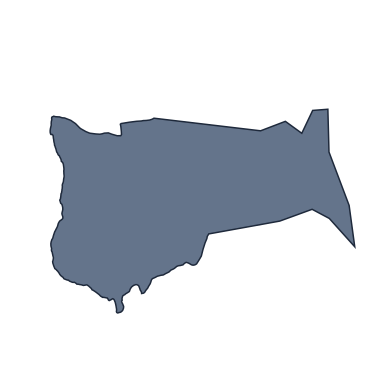 the district of Barre St Joseph, Anse-la-Raye, Saint Lucia, rotated 348°
{"feature_id": "8701671B21993534180379", "entity_name": "Barre St Joseph", "entity_type": "district", "adm_level": 2, "iso_a3": "LCA", "parent_name": "Saint Lucia", "parent_adm1": "Anse-la-Raye", "projection": "equal_earth", "projection_center": [-61.026, 13.973], "detail": "fine", "context": "isolated", "style": "filled", "palette": "slate", "viewbox_px": 384, "rotation_deg": 348, "n_neighbors": 0, "source": "geoboundaries", "source_scale": "gbopen_adm2", "svg_char_len": 5724}
<svg xmlns="http://www.w3.org/2000/svg" viewBox="0 0 384 384"><g transform="rotate(348 192 192)"><path d="M72.5,89.1L72.3,89.2L71.8,89.3L71.2,89.4L70.9,89.4L70.3,89.9L70.1,90.4L70.0,90.9L69.9,92.0L69.4,93.1L69.1,93.7L68.9,94.2L68.7,95.0L68.5,95.6L68.4,96.3L68.3,96.8L68.2,97.2L68.1,97.6L67.5,98.8L66.9,100.1L66.5,101.0L66.3,101.7L66.1,102.2L65.9,103.0L65.8,103.6L65.7,104.0L65.7,104.9L65.7,105.4L65.8,106.1L65.9,106.3L66.1,106.5L66.3,106.5L66.6,106.6L66.8,106.5L67.1,106.6L67.3,106.8L67.7,107.4L67.9,108.2L67.8,108.5L67.8,109.0L67.7,109.3L67.7,109.8L67.6,110.5L67.6,111.2L67.6,111.9L67.5,112.7L67.4,113.9L67.4,114.5L67.4,115.3L67.5,115.8L67.4,116.5L67.3,117.3L67.3,117.7L67.3,118.1L67.5,118.6L67.6,119.3L67.6,120.2L67.8,121.1L67.9,122.7L67.9,123.8L68.0,124.7L68.3,125.6L68.5,125.8L68.6,126.0L68.6,126.6L68.8,127.6L69.0,128.1L69.1,128.3L69.4,128.4L69.8,128.9L69.8,129.3L69.8,129.7L69.9,130.1L70.3,131.1L70.3,131.4L70.4,131.9L70.7,133.1L70.6,134.2L70.5,134.6L70.8,135.1L70.9,135.3L71.2,135.6L71.5,136.2L71.8,137.0L71.9,138.1L71.9,138.4L71.8,139.6L71.8,139.8L71.7,141.2L71.7,141.6L71.7,141.9L71.6,142.2L71.4,143.5L71.2,144.0L71.0,144.5L70.9,145.0L70.8,145.6L70.7,146.4L70.5,147.4L70.4,148.4L70.4,148.6L70.3,149.2L70.3,149.5L70.1,150.3L70.0,150.6L69.9,151.0L69.7,151.3L69.6,151.6L69.5,151.8L69.2,152.5L69.0,153.2L68.8,153.6L68.6,154.5L68.3,155.1L68.1,155.6L67.9,155.9L67.6,156.4L67.2,156.9L66.9,157.5L66.7,157.8L66.5,158.5L66.4,158.9L66.3,159.9L65.9,161.1L65.8,161.6L65.5,162.2L65.3,162.7L65.2,163.1L65.1,163.5L64.9,163.9L64.6,164.6L64.4,165.3L64.1,165.9L63.9,166.0L63.6,166.4L63.5,166.6L63.4,167.1L63.2,167.5L63.0,168.3L62.9,168.6L62.8,168.8L62.7,169.2L62.6,169.6L62.4,170.0L62.2,170.4L62.1,170.8L61.9,171.3L61.7,171.6L61.5,171.8L61.3,172.0L61.0,172.5L61.0,173.2L61.1,173.7L61.2,175.6L61.7,176.3L62.2,177.1L62.3,178.7L62.3,179.6L62.3,180.4L62.1,181.4L62.1,181.8L61.4,183.6L61.2,184.0L60.9,184.5L60.7,185.0L60.3,185.9L60.3,186.7L60.2,187.0L60.4,188.4L60.4,188.6L60.5,189.3L60.4,190.0L60.2,190.7L60.0,191.1L59.6,191.5L59.3,191.6L58.8,191.9L58.2,192.2L57.7,192.4L57.3,192.5L56.8,192.8L56.2,193.2L55.7,193.8L54.8,194.8L54.5,195.3L53.2,197.8L52.0,199.3L51.4,200.0L50.2,201.5L49.2,202.7L48.8,203.5L47.8,205.1L47.0,206.6L46.5,207.7L45.8,208.7L45.0,209.5L43.8,211.6L43.2,213.2L42.8,215.5L42.9,217.6L42.9,218.2L42.4,219.6L42.4,220.7L42.7,221.6L42.7,225.7L42.8,226.9L42.7,227.8L41.9,229.9L41.2,231.1L41.1,232.5L41.4,235.6L41.7,237.2L41.9,238.4L42.8,239.4L43.1,239.8L43.3,240.0L43.5,240.7L43.8,240.9L44.2,241.6L44.9,243.2L45.2,243.9L45.3,244.3L45.5,244.9L45.6,245.2L45.8,245.5L46.1,246.2L46.4,246.7L47.0,247.3L47.2,247.7L47.8,248.3L48.3,249.0L48.5,249.8L48.7,250.2L49.1,250.5L49.8,251.0L50.6,251.5L51.2,251.9L51.7,252.2L52.3,252.4L52.6,252.5L53.0,252.7L53.2,253.1L53.4,253.4L53.7,253.7L54.3,254.2L54.5,254.3L54.9,254.5L55.0,254.6L56.1,255.4L56.4,255.5L56.9,255.7L57.3,255.8L57.7,255.8L58.1,255.8L58.8,256.4L59.3,256.9L59.7,257.4L59.9,257.7L60.1,258.1L60.6,258.3L61.4,258.5L61.9,258.7L62.5,259.0L63.2,259.3L64.1,259.6L65.1,260.1L66.3,260.8L67.6,260.9L68.5,260.9L69.3,260.9L69.5,260.9L70.1,261.2L70.2,261.3L71.0,262.1L71.6,262.8L72.0,263.4L72.6,264.3L73.3,265.2L73.7,266.1L73.7,266.3L73.9,266.9L74.9,267.6L75.0,267.7L76.2,268.9L77.5,270.3L78.0,270.9L78.6,271.6L79.8,273.0L80.3,273.8L81.0,274.9L81.6,275.4L82.0,275.7L82.4,276.4L82.9,276.4L83.9,276.8L84.8,277.1L86.1,277.7L86.3,277.8L86.9,277.9L87.6,279.2L87.7,280.0L87.9,280.3L88.1,280.7L88.5,281.0L89.3,280.8L90.4,280.5L91.2,280.3L91.8,280.0L92.3,279.9L92.5,280.1L92.8,280.3L93.0,280.5L93.3,280.9L93.5,281.5L93.8,283.1L93.9,283.3L94.0,285.5L94.0,286.0L94.0,286.6L94.0,287.7L93.9,289.6L93.9,290.0L93.8,291.4L93.7,291.6L93.5,292.5L93.2,293.2L93.3,294.1L93.5,294.3L93.8,294.7L94.4,294.9L95.6,294.7L95.8,294.7L96.3,294.8L96.8,294.7L97.3,294.7L97.8,294.5L98.3,294.2L99.2,293.7L99.7,293.2L100.1,292.6L100.9,291.3L101.2,290.3L101.3,290.0L101.3,289.2L101.2,288.9L101.1,288.2L100.8,286.6L100.7,286.3L100.4,285.1L100.5,284.0L101.2,283.4L101.3,282.3L101.3,282.1L101.5,281.4L101.8,280.8L102.2,280.0L102.3,279.8L102.6,279.3L103.0,279.1L103.2,278.9L103.8,278.7L104.3,278.6L104.9,278.4L105.0,278.4L105.8,277.8L106.1,277.7L106.6,277.6L107.4,277.3L107.7,277.2L109.8,276.4L110.2,276.0L110.4,275.8L110.9,274.8L111.4,274.1L111.6,273.9L112.1,273.3L113.2,272.3L113.8,272.0L114.3,271.8L114.8,271.5L115.9,271.1L116.5,271.1L117.6,270.9L118.8,271.2L119.2,271.5L119.8,272.0L120.3,272.6L120.6,273.8L120.6,274.2L120.8,275.3L120.9,276.5L121.0,277.2L121.3,278.0L121.6,278.8L121.7,280.0L121.6,280.8L121.8,280.8L123.3,280.9L123.6,280.8L124.7,280.4L125.6,279.4L126.3,278.7L127.3,277.9L128.7,276.8L129.6,275.6L130.7,274.4L132.0,273.1L133.1,271.3L133.7,270.2L134.2,269.4L135.3,268.5L136.9,268.2L138.6,267.8L140.5,267.2L142.5,267.1L144.5,267.0L146.5,267.2L147.9,266.8L149.3,266.3L151.5,265.8L153.2,265.3L154.5,264.4L155.5,263.9L157.2,263.6L158.5,263.2L160.0,262.5L161.6,261.6L163.4,261.3L165.6,261.5L166.6,261.4L168.0,261.4L168.7,260.9L169.7,260.3L170.7,259.9L171.6,259.6L171.9,259.7L173.7,260.7L175.3,262.1L176.3,263.1L177.8,263.8L179.6,263.9L181.5,263.3L185.0,259.7L187.8,256.6L190.8,250.5L194.2,244.5L196.9,240.6L197.7,238.6L199.8,236.4L200.0,236.5L271.8,238.7L305.9,233.9L320.8,246.4L339.8,279.4L342.9,237.8L334.3,181.4L342.1,139.3L327.0,137.3L311.6,157.4L298.0,142.3L271.8,146.4L170.1,111.9L168.3,112.5L165.5,112.8L162.1,112.5L159.1,112.0L157.1,112.0L152.4,111.3L145.2,110.7L136.9,110.3L136.0,110.8L136.0,113.2L135.5,117.9L135.0,121.1L134.0,122.1L130.5,121.4L125.6,118.8L122.5,116.8L118.5,116.2L116.0,116.4L113.8,116.3L109.9,115.2L104.2,113.2L100.8,110.9L96.4,107.0L95.4,105.8L92.3,100.9L88.3,96.7L82.8,93.1L80.4,92.4L78.0,91.0L75.7,90.4L74.0,89.9L72.5,89.1Z" fill="#64748b" stroke="#1e293b" stroke-width="1.5"/></g></svg>